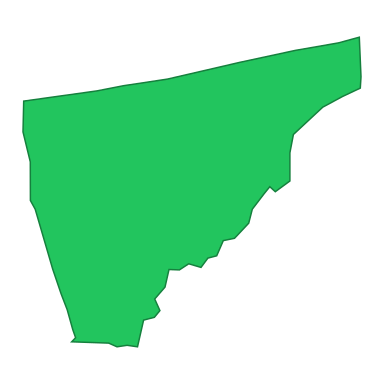 Diffa, Diffa, Niger (Robinson projection)
{"feature_id": "23599985B49279802347692", "entity_name": "Diffa", "entity_type": "district", "adm_level": 2, "iso_a3": "NER", "parent_name": "Niger", "parent_adm1": "Diffa", "projection": "robinson", "projection_center": [12.611, 13.482], "detail": "fine", "context": "isolated", "style": "filled", "palette": "green", "viewbox_px": 384, "rotation_deg": 0, "n_neighbors": 0, "source": "geoboundaries", "source_scale": "gbopen_adm2", "svg_char_len": 709}
<svg xmlns="http://www.w3.org/2000/svg" viewBox="0 0 384 384"><path d="M71.7,341.8L108.7,343.1L117.0,346.8L127.1,345.3L137.5,346.8L143.6,320.1L154.4,317.3L159.9,310.6L154.7,299.0L165.0,287.1L169.0,269.5L179.4,269.9L188.7,263.8L201.0,267.4L207.9,258.1L216.7,255.8L223.3,240.6L234.5,238.3L248.7,223.2L252.3,209.2L263.9,194.0L269.8,186.7L275.3,191.7L279.4,188.7L289.9,181.0L289.9,180.1L289.9,152.8L293.4,134.5L322.7,107.2L342.5,96.5L360.3,88.1L361.0,76.8L359.3,37.2L338.4,42.9L295.3,50.4L240.0,62.3L167.4,79.1L123.6,85.7L96.9,90.9L23.7,101.1L23.0,131.9L30.3,161.9L30.4,200.5L35.2,209.2L52.7,269.1L61.1,293.8L67.2,309.7L72.8,329.7L75.6,337.7L71.7,341.8Z" fill="#22c55e" stroke="#15803d" stroke-width="1.5"/></svg>